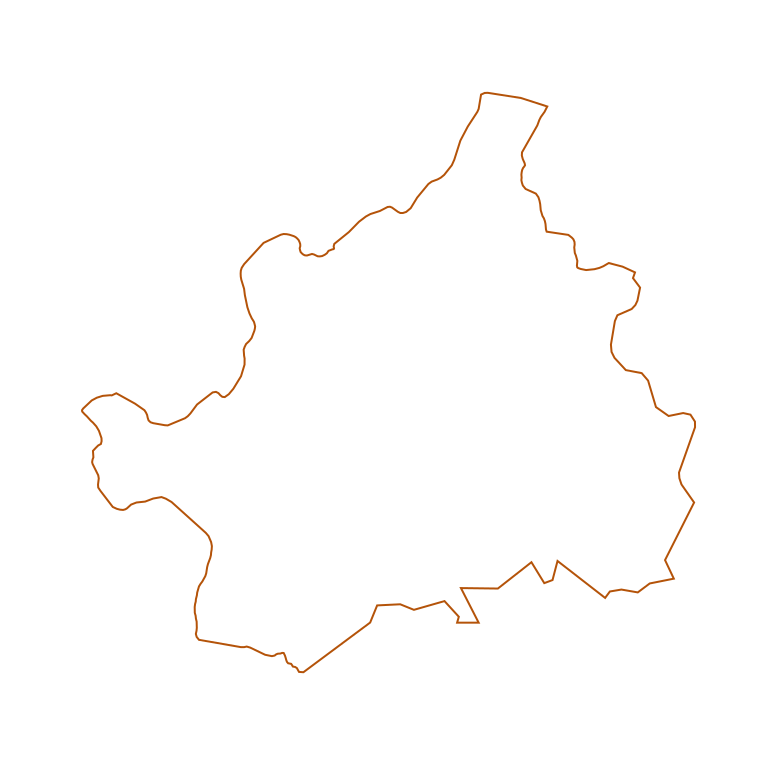 an SVG outline of Albacete, rotated 172°
{"feature_id": "ESP-5802", "entity_name": "Albacete", "entity_type": "Autonomous Community", "adm_level": 1, "iso_a3": "ESP", "parent_name": "Spain", "parent_adm1": "", "projection": "mercator", "projection_center": [-1.774, 38.723], "detail": "fine", "context": "isolated", "style": "outline", "palette": "amber", "viewbox_px": 768, "rotation_deg": 172, "n_neighbors": 0, "source": "natural_earth", "source_scale": "10m", "svg_char_len": 3821}
<svg xmlns="http://www.w3.org/2000/svg" viewBox="0 0 768 768"><g transform="rotate(172 384 384)"><path d="M650.4,412.1L633.3,399.2L624.9,391.4L623.7,388.9L622.9,386.3L622.7,383.4L622.2,380.7L620.5,378.6L617.9,377.3L606.8,373.7L603.9,373.1L585.8,377.8L582.8,379.4L579.8,381.8L572.0,389.7L554.9,399.5L551.5,399.6L549.2,398.0L547.7,395.7L545.9,393.8L543.5,393.2L539.1,395.5L533.9,400.2L524.5,411.6L519.4,422.6L518.5,428.6L518.6,431.5L518.2,437.5L516.8,440.2L515.0,442.8L511.5,445.3L508.7,448.0L505.0,454.7L504.2,456.7L503.6,458.9L503.8,461.2L504.1,463.5L504.7,465.0L505.8,467.4L507.4,472.6L508.6,479.0L509.4,491.3L509.3,497.7L510.8,507.2L510.9,510.2L510.6,513.3L510.0,516.2L508.7,518.9L505.8,522.2L483.6,540.5L465.4,546.2L462.5,546.5L459.5,545.9L456.9,545.0L452.8,543.0L451.1,541.8L449.7,540.2L448.5,538.4L447.9,536.4L447.5,534.3L447.7,532.2L448.6,530.2L448.5,528.2L448.2,526.3L447.1,524.7L445.8,523.3L444.2,522.3L442.2,522.0L437.2,522.8L435.3,522.0L431.9,519.7L429.8,519.3L427.5,519.3L424.7,520.2L422.4,521.4L420.4,523.6L416.5,524.5L415.1,524.6L414.6,525.3L414.7,527.3L413.7,529.7L397.7,539.3L386.1,548.2L378.6,552.4L373.8,554.2L364.0,555.9L355.8,558.8L353.4,558.7L351.5,557.6L346.3,552.6L344.1,551.1L341.5,550.7L338.1,551.3L333.1,554.4L325.2,564.0L312.2,575.9L308.6,577.8L302.6,579.1L299.1,580.4L295.3,582.7L286.4,591.2L283.2,596.3L274.5,614.4L265.2,627.3L253.7,640.5L252.0,643.2L247.6,657.1L243.8,658.2L240.7,657.9L208.7,648.2L183.7,636.1L187.1,631.2L191.5,626.6L193.4,623.9L196.2,618.7L215.1,594.2L215.7,591.1L215.3,587.6L214.0,583.0L213.9,581.0L214.9,579.8L216.2,578.6L217.4,576.7L218.2,574.5L218.8,572.2L219.0,569.2L219.6,566.7L219.4,564.1L218.9,561.2L216.6,557.4L207.1,551.4L205.1,547.5L204.5,543.9L204.3,540.4L204.6,534.3L203.7,528.4L202.6,525.8L202.0,522.9L201.8,519.9L202.1,514.4L201.7,512.2L180.7,506.0L177.6,502.8L176.3,500.9L175.6,498.2L175.8,495.5L176.6,492.8L176.8,487.2L176.1,484.5L175.4,479.0L176.5,474.3L176.4,473.1L176.4,472.6L176.2,472.4L175.6,471.8L173.1,470.5L168.0,468.7L159.6,468.4L154.5,469.0L150.4,470.1L144.6,472.5L131.4,467.0L119.9,459.6L122.7,454.2L117.0,443.8L121.4,431.3L124.1,427.2L128.3,423.8L143.3,419.6L146.6,414.2L153.8,391.4L154.2,384.1L152.1,377.8L142.6,364.1L127.3,358.9L122.0,350.6L117.9,323.3L106.6,312.7L91.8,313.6L84.8,311.0L81.3,303.5L82.0,297.9L104.2,255.2L104.6,249.6L103.4,243.1L93.4,223.5L130.2,170.5L124.1,150.9L148.6,149.5L161.7,142.3L177.5,147.4L189.2,147.1L194.8,141.4L236.8,184.6L244.4,166.4L253.0,164.5L262.8,187.0L299.7,165.6L336.2,171.2L323.5,134.5L344.8,137.5L342.3,143.1L354.3,160.6L385.8,156.2L398.6,163.6L421.6,165.7L430.9,149.7L503.9,109.8L508.2,110.7L508.9,112.4L509.8,114.8L511.3,116.1L513.6,116.9L514.1,118.2L514.9,119.8L517.8,120.8L518.8,122.4L519.2,124.2L519.5,126.6L519.9,128.9L520.8,131.6L522.3,131.9L524.0,131.5L526.7,131.7L528.4,131.3L530.1,130.3L532.9,130.1L539.4,132.4L553.2,141.6L556.5,143.1L559.0,142.9L562.2,143.3L602.8,156.4L604.7,159.6L605.1,162.7L604.0,165.7L603.3,168.6L602.6,174.8L602.9,177.8L602.8,180.8L603.2,183.7L602.5,189.5L601.7,192.4L600.7,194.8L600.2,197.1L598.7,200.8L598.0,203.5L595.4,209.3L593.5,211.6L591.4,213.7L587.7,218.6L586.4,221.3L584.6,227.3L583.4,230.2L580.3,235.9L579.2,238.6L578.6,241.3L577.7,244.0L577.0,247.4L577.2,251.5L578.9,257.8L581.2,261.4L610.8,296.7L616.0,300.8L620.1,303.0L628.5,302.7L636.9,300.8L645.6,301.1L651.2,299.8L655.9,296.6L657.6,295.9L659.9,295.6L662.9,296.3L666.0,297.6L669.7,300.0L679.6,317.5L681.4,321.2L681.2,324.2L679.6,330.2L679.7,333.4L683.7,345.4L683.9,347.3L683.1,349.8L682.0,351.8L681.5,358.3L678.4,360.8L675.6,362.9L672.7,364.0L671.6,366.7L671.3,369.7L672.8,377.3L674.8,382.1L677.6,386.3L679.4,388.4L682.7,393.3L684.7,395.8L686.7,398.7L686.7,400.1L685.3,401.6L675.7,408.4L670.3,410.4L664.2,411.4L656.7,411.0L655.2,410.6L650.4,412.1Z" fill="none" stroke="#b45309" stroke-width="2"/></g></svg>